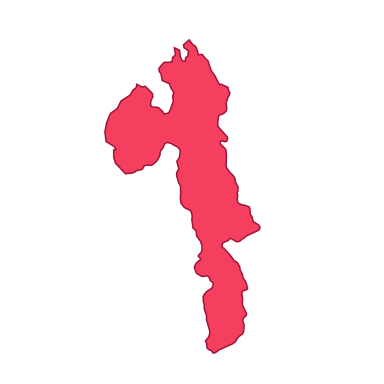 outline of Bostanlik, Tashkent, Uzbekistan, rotated 116°
{"feature_id": "79887680B98166747305726", "entity_name": "Bostanlik", "entity_type": "district", "adm_level": 2, "iso_a3": "UZB", "parent_name": "Uzbekistan", "parent_adm1": "Tashkent", "projection": "natural_earth1", "projection_center": [70.388, 41.744], "detail": "fine", "context": "isolated", "style": "filled", "palette": "rose", "viewbox_px": 384, "rotation_deg": 116, "n_neighbors": 0, "source": "geoboundaries", "source_scale": "gbopen_adm2", "svg_char_len": 3944}
<svg xmlns="http://www.w3.org/2000/svg" viewBox="0 0 384 384"><g transform="rotate(116 192 192)"><path d="M204.8,259.6L204.4,259.4L202.7,256.6L202.1,255.1L201.5,254.7L200.5,253.3L198.8,252.0L197.6,251.5L197.2,251.1L195.8,249.7L194.4,247.6L193.4,246.8L191.5,246.4L189.4,246.4L187.8,244.8L186.4,241.2L185.6,240.0L184.2,239.1L179.8,237.3L176.1,236.8L172.8,237.0L171.4,237.5L171.1,237.9L169.7,238.1L169.2,238.0L168.3,238.2L165.0,237.4L160.8,237.7L158.7,236.5L158.1,235.3L157.5,231.3L157.8,229.9L157.8,225.0L158.7,222.6L160.1,220.7L164.5,219.0L166.8,218.6L169.0,218.7L170.2,219.1L171.2,219.0L176.9,214.1L177.8,213.9L179.1,214.2L181.3,214.2L184.2,212.9L189.3,208.3L191.3,205.4L192.3,204.6L199.4,201.0L201.2,200.5L204.2,198.8L206.9,196.9L209.1,192.6L209.5,189.9L209.3,188.2L209.4,185.5L210.3,183.9L212.4,182.1L214.1,181.0L216.6,180.2L220.4,177.7L223.9,175.4L225.1,171.5L226.4,170.4L228.9,169.0L230.1,167.6L232.6,162.7L236.2,159.3L240.2,157.5L242.4,157.3L245.4,158.3L246.8,158.3L247.4,157.7L248.0,155.1L248.7,154.5L251.0,155.9L254.6,157.1L257.6,157.1L259.0,156.6L262.0,153.7L263.1,152.1L263.6,146.3L262.9,144.6L260.8,142.0L260.5,141.2L261.7,138.4L263.3,137.2L263.8,136.3L264.2,133.9L264.8,133.0L266.8,132.1L269.5,132.1L270.5,132.4L273.8,134.6L275.9,135.4L278.6,136.1L281.3,136.1L283.5,134.7L284.8,134.4L286.7,132.6L289.2,130.9L291.5,129.9L297.5,124.2L300.2,123.2L306.6,117.4L309.3,115.0L311.0,114.2L312.9,113.7L315.7,113.6L320.0,114.6L320.6,114.2L321.4,112.7L323.5,111.4L323.8,110.9L325.3,110.4L325.9,109.5L326.3,107.0L326.1,105.8L326.3,104.5L327.5,102.5L327.0,101.3L324.7,99.7L322.1,98.5L310.7,89.0L307.5,87.3L304.3,87.1L301.6,86.6L297.5,84.4L295.9,84.3L293.0,85.0L291.9,85.7L289.1,86.6L284.9,90.3L282.6,90.4L279.4,89.3L277.9,89.4L277.1,90.0L275.5,92.0L272.1,96.4L271.9,96.5L270.7,97.5L268.5,98.7L266.9,99.1L265.2,100.1L261.2,102.9L258.9,103.0L257.5,102.0L256.3,100.4L255.2,99.8L254.4,99.8L253.5,100.3L252.8,101.3L251.5,102.0L249.2,104.4L246.4,108.8L243.6,110.9L241.7,113.7L240.0,115.3L238.4,116.2L235.9,119.7L235.3,121.7L235.4,123.7L232.3,129.4L228.5,138.9L228.7,139.6L228.0,141.1L227.4,141.4L225.5,141.9L224.0,141.9L219.9,138.3L217.3,137.6L216.9,136.8L216.8,135.6L217.2,130.4L216.4,128.7L215.3,127.5L211.5,125.9L211.2,125.2L209.6,124.8L206.7,123.1L197.5,115.6L196.3,115.0L195.0,115.1L194.0,115.5L192.7,116.9L192.3,118.4L191.7,123.7L190.9,124.9L189.4,125.8L187.6,127.6L186.6,129.8L181.2,132.9L180.2,134.5L180.5,135.9L180.6,137.3L180.6,138.2L181.4,140.3L181.7,142.6L181.7,145.2L181.5,146.1L180.0,147.3L177.9,148.5L174.7,149.5L173.0,151.2L171.2,151.1L167.2,152.9L164.2,157.1L161.9,158.6L160.6,159.9L159.1,162.4L157.9,165.9L156.6,168.8L154.6,172.1L152.6,173.3L143.7,177.2L142.9,177.9L140.7,179.0L139.1,180.2L137.8,183.1L136.6,187.1L135.5,188.1L134.4,188.5L133.2,188.1L132.6,187.2L132.8,185.4L131.5,183.2L130.2,183.0L127.9,183.6L127.0,184.6L121.9,196.9L120.8,198.0L117.8,199.5L113.1,201.1L111.4,201.2L110.7,201.1L108.9,198.9L107.3,197.9L104.8,196.8L103.1,196.8L100.3,198.2L97.4,200.2L90.5,201.3L89.6,200.9L86.8,201.3L85.7,201.9L85.0,203.3L83.2,205.0L82.2,205.5L82.4,213.4L83.5,214.4L81.1,217.6L77.1,223.0L74.6,227.7L71.4,231.1L67.2,235.0L65.8,239.2L63.8,243.1L65.8,246.5L62.4,249.3L59.5,252.7L59.1,256.2L56.5,261.2L63.5,264.2L65.8,262.4L66.2,259.4L67.1,256.6L69.1,256.3L71.9,255.3L74.0,256.6L77.5,255.4L78.5,258.0L75.6,261.8L70.0,265.3L70.1,271.1L75.8,267.0L79.8,268.4L83.4,267.0L85.2,269.0L87.6,273.8L91.2,275.0L95.5,275.9L98.1,274.2L99.4,271.7L104.9,267.6L104.6,259.8L108.0,256.3L110.3,252.2L115.0,251.1L118.6,248.5L120.8,248.4L127.2,247.6L131.1,247.6L134.1,251.1L132.4,254.0L130.8,259.6L132.9,264.6L132.8,266.7L128.8,268.8L123.6,269.0L120.8,270.7L117.5,280.3L119.5,283.0L119.4,288.9L122.4,287.9L126.6,289.8L132.0,290.1L136.5,292.8L141.2,295.7L149.5,295.7L156.8,299.5L160.2,299.7L167.3,299.0L176.0,296.7L184.3,291.4L185.2,282.1L187.0,279.0L188.7,280.8L195.3,277.5L199.7,273.3L204.8,259.6Z" fill="#f43f5e" stroke="#9f1239" stroke-width="1.5"/></g></svg>